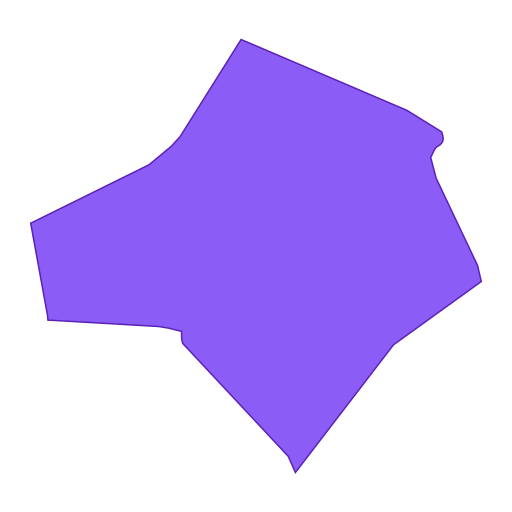 outline of Saint Joseph, rotated 90°
{"feature_id": "BRB-1994", "entity_name": "Saint Joseph", "entity_type": "Parish", "adm_level": 1, "iso_a3": "BRB", "parent_name": "Barbados", "parent_adm1": "", "projection": "mercator", "projection_center": [-59.553, 13.212], "detail": "fine", "context": "isolated", "style": "filled", "palette": "violet", "viewbox_px": 512, "rotation_deg": 90, "n_neighbors": 0, "source": "natural_earth", "source_scale": "10m", "svg_char_len": 516}
<svg xmlns="http://www.w3.org/2000/svg" viewBox="0 0 512 512"><g transform="rotate(90 256 256)"><path d="M281.5,30.7L344.8,118.5L472.5,216.6L456.3,223.8L343.4,329.3L340.3,330.1L337.5,330.4L331.4,330.4L328.1,343.6L326.5,353.4L320.1,464.1L315.4,464.5L223.2,481.3L164.7,362.9L146.2,340.6L136.6,331.9L39.5,270.9L110.4,105.0L131.9,70.3L135.8,69.2L138.7,68.8L141.2,69.2L143.0,70.3L144.7,71.8L147.0,75.4L149.0,77.2L157.5,81.3L178.3,75.8L265.3,34.5L281.5,30.7Z" fill="#8b5cf6" stroke="#5b21b6" stroke-width="1.5"/></g></svg>